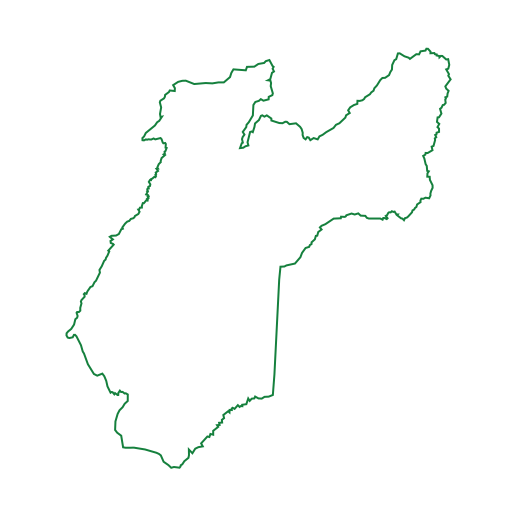 outline of Kailahun, Eastern, Sierra Leone, rotated 3°
{"feature_id": "65957751B248885957650", "entity_name": "Kailahun", "entity_type": "district", "adm_level": 2, "iso_a3": "SLE", "parent_name": "Sierra Leone", "parent_adm1": "Eastern", "projection": "orthographic", "projection_center": [-10.677, 8.06], "detail": "fine", "context": "isolated", "style": "outline", "palette": "green", "viewbox_px": 512, "rotation_deg": 3, "n_neighbors": 0, "source": "geoboundaries", "source_scale": "gbopen_adm2", "svg_char_len": 6027}
<svg xmlns="http://www.w3.org/2000/svg" viewBox="0 0 512 512"><g transform="rotate(3 256 256)"><path d="M185.1,471.0L190.7,471.4L191.6,470.2L191.8,468.9L193.3,467.9L195.2,464.6L199.1,461.1L199.5,458.4L199.1,452.8L202.8,456.3L205.4,451.6L208.5,449.9L212.8,448.9L211.0,446.0L216.9,438.8L218.9,439.2L219.8,436.1L222.6,436.7L222.4,432.8L227.2,428.6L226.0,427.0L228.5,426.6L227.9,424.5L230.9,424.1L230.5,421.4L232.6,419.6L231.7,416.5L236.3,412.5L237.7,413.6L237.7,411.1L239.9,411.1L239.7,409.6L240.6,408.8L242.6,409.8L245.7,405.9L247.5,407.6L248.5,406.7L250.2,406.7L250.0,405.3L254.1,404.5L255.7,398.7L257.3,401.0L259.2,398.7L261.8,398.3L262.5,396.4L265.9,398.1L269.2,398.1L271.9,396.2L276.0,395.8L280.1,393.9L280.6,373.3L280.4,278.4L281.0,265.4L284.9,265.0L286.9,263.8L295.3,261.5L300.4,254.9L301.8,250.5L305.1,245.4L308.6,244.1L309.2,242.3L310.8,241.2L310.8,239.4L313.9,236.3L314.7,232.8L316.1,232.5L316.9,228.8L320.1,226.1L318.3,224.1L319.9,222.4L323.6,220.6L331.6,214.6L338.7,213.9L338.9,212.3L342.6,212.3L343.6,211.7L344.1,210.6L349.2,208.6L352.4,209.4L355.9,208.1L358.4,210.2L363.1,210.2L364.7,212.1L366.8,212.7L378.2,212.1L380.5,213.1L381.1,211.4L382.5,211.4L384.6,212.3L385.4,211.4L383.5,209.2L384.8,208.3L385.8,206.1L386.6,205.4L388.2,205.4L389.3,204.2L390.9,204.8L392.1,204.4L394.0,207.1L395.4,207.1L394.8,207.9L398.9,210.8L400.3,211.0L401.9,212.5L402.8,210.4L404.6,209.8L405.8,208.7L409.5,204.2L409.9,202.3L411.5,201.3L412.2,199.8L413.6,198.6L414.2,196.1L417.5,193.6L417.3,192.0L418.1,190.1L420.1,190.1L422.2,188.9L425.9,189.3L427.1,186.4L426.9,184.5L427.5,181.8L428.8,178.7L428.6,176.1L425.7,170.9L425.3,167.8L422.9,167.8L422.9,164.5L424.1,162.4L422.5,162.0L421.8,157.1L420.6,155.4L419.0,149.8L417.7,147.3L419.8,145.9L420.0,144.2L422.0,144.2L426.7,141.1L425.7,137.6L427.5,136.8L428.8,130.8L428.4,129.2L429.8,127.9L428.6,125.8L429.8,125.2L429.9,123.4L432.3,122.5L432.1,119.2L430.5,117.8L432.1,114.5L429.7,112.6L430.1,108.1L431.5,107.9L433.7,104.1L432.1,99.4L433.5,98.2L434.6,95.5L436.0,95.1L437.4,93.2L436.8,89.9L437.4,88.9L436.8,87.6L438.6,86.8L438.8,83.7L439.7,81.0L437.2,78.9L436.2,76.7L441.1,69.4L438.6,65.9L439.2,64.3L436.2,59.7L438.2,58.9L439.0,55.0L437.6,49.4L435.7,49.8L431.6,46.5L430.2,46.5L428.8,48.0L428.6,46.7L425.9,46.3L425.9,45.3L424.1,45.1L423.5,44.0L419.6,44.4L419.6,42.8L416.9,40.1L415.3,40.1L414.5,42.0L409.6,43.0L408.3,46.1L405.5,46.1L399.4,51.1L398.1,50.0L393.8,48.8L388.9,46.1L387.1,46.3L385.7,52.1L384.0,53.2L382.0,58.1L382.0,62.7L380.5,65.3L379.4,68.4L375.6,71.3L372.9,71.6L370.9,73.8L367.8,79.4L365.4,82.3L364.7,84.8L362.5,86.6L361.3,88.5L356.6,91.8L355.8,93.5L354.1,94.9L351.5,95.7L349.2,95.7L349.2,98.8L345.9,100.1L342.3,102.6L340.4,105.7L342.1,108.3L338.6,110.8L338.0,113.1L332.3,119.1L329.0,120.8L326.7,124.1L319.7,128.6L316.2,131.5L313.1,133.2L311.5,136.3L307.4,135.2L304.2,137.5L302.5,135.0L300.9,134.6L299.4,136.9L297.4,135.6L296.2,132.7L296.2,130.5L294.9,126.8L293.3,124.7L289.0,121.4L282.5,122.6L279.8,120.4L278.2,120.4L275.5,122.0L272.3,122.0L264.3,119.9L264.1,117.9L259.4,115.0L257.1,116.4L254.9,115.2L253.6,115.8L251.8,120.1L248.1,123.7L247.7,127.2L246.3,132.5L245.1,131.9L243.6,132.5L241.6,142.9L242.6,146.0L239.7,147.0L237.7,148.5L234.4,149.1L235.9,144.1L236.9,143.5L235.9,140.0L236.5,137.8L238.1,135.4L236.3,132.8L239.5,127.8L239.7,125.5L241.8,122.8L245.5,115.8L245.5,105.3L247.3,102.2L250.8,100.9L252.6,99.1L255.3,100.5L260.4,98.9L260.4,96.4L263.9,94.5L264.3,92.7L261.8,85.6L262.0,82.5L261.2,80.1L258.8,79.9L261.0,78.6L262.4,72.2L264.3,70.8L262.8,68.1L263.7,66.2L262.6,65.4L259.1,59.6L255.6,60.9L254.0,62.8L248.3,64.1L244.4,67.0L237.1,67.6L236.1,71.1L223.7,70.8L221.8,74.4L220.7,78.7L214.8,84.3L209.4,84.6L203.4,85.9L196.7,85.9L185.3,87.5L176.7,84.6L173.2,84.9L169.1,86.2L164.3,89.7L166.2,92.6L166.2,95.5L161.2,95.2L160.5,96.8L156.8,99.9L156.7,101.7L155.9,103.4L152.4,105.9L151.9,107.5L153.5,112.6L152.7,119.2L153.4,122.2L154.8,121.8L152.3,126.1L150.3,127.6L148.2,131.0L139.5,138.9L138.0,142.4L136.4,144.2L136.6,146.3L138.1,146.4L140.0,145.3L141.1,145.6L142.4,145.1L145.2,145.2L147.6,144.0L149.3,144.8L154.5,143.2L155.6,144.3L156.9,147.5L157.6,148.3L159.4,147.9L160.1,148.9L160.0,152.5L161.1,152.8L160.1,155.9L159.2,156.7L159.6,158.5L158.5,159.3L159.8,160.0L156.6,163.1L155.8,166.2L156.0,167.2L154.1,169.3L152.8,172.8L153.6,173.9L152.1,174.2L153.7,176.2L151.5,177.9L152.0,179.5L151.3,180.2L152.0,181.4L151.4,182.6L150.3,182.3L148.2,184.3L147.3,184.6L147.2,185.7L146.2,185.6L145.1,187.6L146.7,189.9L146.5,191.6L144.9,192.5L145.3,194.0L144.5,194.0L143.9,195.0L144.4,196.1L143.9,196.9L144.6,197.3L143.1,200.3L145.1,200.9L145.7,202.1L144.8,202.6L145.6,203.7L144.3,204.6L145.0,205.4L144.8,206.3L143.7,205.9L141.3,209.1L140.2,209.1L139.4,212.1L139.5,213.6L137.6,213.8L136.8,215.6L136.0,215.8L137.4,217.9L136.3,220.2L133.0,222.4L132.5,223.8L131.3,224.8L129.1,225.5L127.6,227.6L125.6,228.4L123.6,230.5L121.0,234.5L121.6,235.7L120.1,236.3L117.9,241.2L115.2,242.9L110.6,243.4L109.0,244.5L112.2,246.9L109.9,248.6L110.3,250.6L112.6,251.4L113.3,252.1L108.2,258.4L109.2,259.1L107.6,263.5L106.3,265.7L106.0,267.4L104.6,268.8L102.5,274.3L100.4,278.1L101.0,280.8L97.5,289.1L96.1,290.6L94.3,294.7L92.3,295.6L89.4,300.3L88.7,302.6L87.0,302.0L86.1,303.1L86.8,303.9L87.0,305.6L84.0,309.2L83.5,310.7L84.2,312.4L83.2,317.0L83.4,319.8L82.0,321.3L80.3,321.3L79.8,322.1L81.0,325.2L80.6,327.0L78.9,328.6L77.9,334.0L75.3,338.5L72.3,341.2L70.9,343.1L70.9,345.2L72.2,347.3L73.9,347.7L77.2,346.8L78.3,344.3L79.4,344.2L80.9,345.6L85.9,354.3L88.0,360.5L89.3,362.3L93.8,372.9L100.3,382.3L103.7,383.8L108.7,381.5L110.8,384.0L113.0,388.6L114.5,394.0L117.9,400.1L118.8,399.4L119.9,399.5L121.7,401.5L122.4,400.3L125.1,402.1L125.7,402.0L125.7,400.0L127.1,397.6L128.4,398.9L129.9,398.7L132.0,400.2L133.1,399.9L135.2,401.0L135.5,407.5L132.6,410.4L130.7,414.0L127.8,417.2L126.1,420.9L124.3,428.5L124.4,437.1L126.6,439.7L130.8,442.5L133.3,454.0L135.8,454.3L144.3,453.8L155.3,455.0L166.8,457.7L169.4,458.7L171.4,460.1L174.5,466.3L179.5,469.4L182.4,471.9L185.1,471.0Z" fill="none" stroke="#15803d" stroke-width="2"/></g></svg>